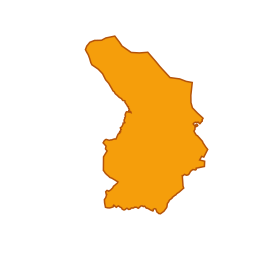 Tsafe, Zamfara, Nigeria (Robinson projection), rotated 129°
{"feature_id": "59680162B12426298681132", "entity_name": "Tsafe", "entity_type": "district", "adm_level": 2, "iso_a3": "NGA", "parent_name": "Nigeria", "parent_adm1": "Zamfara", "projection": "robinson", "projection_center": [6.979, 11.824], "detail": "fine", "context": "isolated", "style": "filled", "palette": "amber", "viewbox_px": 256, "rotation_deg": 129, "n_neighbors": 0, "source": "geoboundaries", "source_scale": "gbopen_adm2", "svg_char_len": 4041}
<svg xmlns="http://www.w3.org/2000/svg" viewBox="0 0 256 256"><g transform="rotate(129 128 128)"><path d="M170.1,47.7L165.6,47.9L164.7,48.2L161.9,49.9L160.9,49.9L159.4,50.0L158.4,50.4L157.3,50.3L156.3,49.9L155.4,49.9L154.8,49.6L153.9,49.9L153.0,49.6L152.4,49.5L150.7,49.2L150.2,48.8L149.6,48.7L148.5,48.8L145.5,47.9L139.6,46.9L138.6,48.6L130.9,55.8L130.5,55.3L129.9,55.2L129.2,55.0L128.5,54.9L128.3,54.3L128.3,53.9L128.0,53.2L127.8,52.7L127.6,52.5L127.1,52.2L126.6,51.8L125.4,51.6L122.3,52.1L119.5,51.5L118.1,49.1L117.4,48.9L116.4,49.7L115.1,48.7L109.8,44.4L105.6,47.5L107.8,52.2L103.7,52.9L102.9,50.8L94.5,52.6L93.8,55.8L92.3,60.4L91.5,61.8L90.3,69.2L90.6,70.4L89.6,73.3L88.9,74.8L87.7,75.0L86.6,75.2L86.0,75.9L85.2,76.4L84.6,76.1L83.9,75.9L82.7,75.3L82.2,75.3L81.7,76.7L82.1,77.3L84.3,77.3L83.8,79.9L83.7,80.0L82.0,79.8L80.9,79.1L80.3,77.9L79.3,77.2L79.2,76.4L79.7,75.3L79.3,74.8L78.9,74.8L77.5,74.8L76.7,74.9L76.1,74.6L75.3,75.1L75.0,75.6L74.2,75.6L73.8,75.7L73.7,75.7L73.2,75.8L73.1,77.0L72.7,83.5L71.8,90.6L68.6,95.1L63.1,99.7L52.2,106.7L55.2,112.2L55.9,114.4L57.3,118.7L62.4,127.1L61.0,136.4L60.7,138.6L60.1,142.3L59.0,147.5L56.7,160.3L62.5,166.4L67.3,173.1L68.1,184.2L66.7,188.7L64.9,196.1L71.4,201.4L72.0,201.9L76.5,203.8L81.0,209.1L85.4,211.6L89.4,211.6L90.3,211.6L93.9,210.4L95.0,207.9L96.1,205.0L97.9,201.9L100.6,198.0L101.6,195.8L101.1,189.6L101.0,188.2L101.8,181.9L103.3,178.6L104.6,175.7L105.4,171.1L106.8,167.5L107.7,165.1L108.6,163.0L108.5,161.4L109.3,159.7L109.4,158.7L109.4,157.1L109.7,154.2L109.3,151.4L109.7,150.4L109.8,149.1L109.1,148.2L108.9,147.3L109.9,146.5L110.3,145.1L110.8,143.4L111.4,142.1L111.3,141.5L111.2,141.2L111.6,141.0L111.9,140.6L112.3,139.9L112.5,139.4L112.4,138.9L112.5,138.7L112.8,138.6L113.3,138.5L113.7,138.5L113.8,138.5L114.1,138.3L114.0,138.0L113.9,137.8L114.0,137.4L113.7,137.0L113.6,136.8L113.7,136.0L113.8,135.7L114.1,135.3L114.3,135.9L114.6,136.6L115.0,137.2L115.3,137.8L115.7,138.5L116.1,139.2L116.7,139.4L117.2,139.3L117.4,139.2L118.0,139.2L118.7,138.8L119.3,138.7L120.0,138.1L120.1,137.7L120.7,137.3L121.0,137.1L121.5,137.0L122.2,137.0L122.5,136.5L123.1,136.3L123.7,136.2L124.0,136.2L124.3,135.8L124.8,135.7L125.3,135.2L125.4,134.6L125.7,134.3L125.7,133.9L126.0,133.8L126.2,134.2L126.7,134.3L127.2,134.9L128.0,134.5L128.2,134.2L129.1,134.0L129.8,133.9L130.1,133.7L131.1,133.7L131.9,133.8L132.2,133.8L132.3,134.0L132.6,134.1L133.3,133.2L133.5,132.4L133.7,132.5L134.4,132.3L134.9,132.2L135.0,132.0L135.3,132.0L135.4,131.8L135.4,131.6L135.6,131.4L135.8,131.3L136.1,131.4L136.3,131.6L136.4,132.0L136.9,131.8L137.2,131.8L137.3,131.5L137.4,131.3L137.5,131.2L137.7,131.4L137.9,131.7L139.2,131.8L144.1,130.4L145.1,131.7L147.9,133.5L148.3,134.1L149.3,134.7L149.7,135.5L149.9,136.1L150.6,137.8L151.1,138.1L152.5,138.4L153.9,138.3L154.3,138.1L155.2,138.0L155.9,133.7L157.0,133.1L157.8,132.7L158.4,132.4L158.9,130.2L159.0,129.8L165.8,128.9L176.5,120.4L176.7,119.2L177.3,117.5L177.6,115.4L177.6,113.3L177.8,110.9L177.2,109.1L176.2,101.9L177.5,101.6L182.5,102.6L184.2,102.2L187.1,102.5L189.2,103.2L189.4,103.3L189.3,104.2L189.8,105.1L191.6,105.2L193.2,103.3L193.0,102.8L196.1,101.5L198.5,101.3L201.0,99.0L203.8,95.6L203.0,93.8L202.3,92.8L201.5,91.8L199.8,90.6L198.3,89.8L197.8,89.9L197.4,90.6L196.9,90.5L196.8,90.0L197.0,88.4L197.0,87.2L195.3,86.8L194.5,86.3L194.5,84.6L194.2,83.3L194.1,82.8L194.7,81.6L194.4,79.9L193.8,79.2L193.1,78.9L192.1,78.7L191.3,78.5L191.0,78.2L190.9,77.8L190.9,77.5L190.9,77.2L191.0,76.9L190.8,76.1L190.4,75.8L190.0,75.5L189.5,75.2L189.1,75.1L188.6,75.2L188.0,75.0L187.6,74.5L187.2,73.8L186.5,73.3L185.5,73.1L185.1,72.6L184.6,72.0L184.2,71.4L184.1,70.5L184.0,69.6L183.4,69.3L182.6,69.3L182.1,69.1L181.2,69.1L180.3,68.7L179.6,68.0L179.5,67.4L179.5,66.8L179.2,66.4L178.7,66.3L178.3,65.8L178.4,65.2L178.5,64.7L178.7,64.0L178.7,63.2L178.3,62.8L177.9,61.5L177.7,60.1L177.5,58.8L176.9,56.6L176.4,56.3L175.9,56.7L175.4,57.2L174.6,56.8L173.8,56.4L173.5,55.3L174.4,53.9L175.1,52.5L175.0,51.4L175.1,50.2L174.2,48.8L170.1,47.7Z" fill="#f59e0b" stroke="#b45309" stroke-width="1.5"/></g></svg>